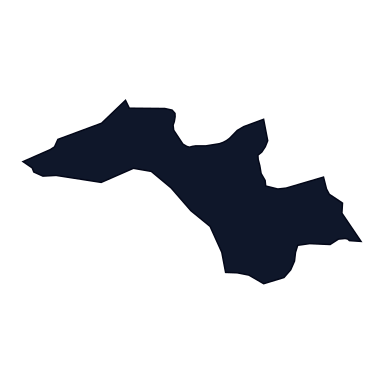 SVG path tracing the border of Litija
{"feature_id": "SVN-961", "entity_name": "Litija", "entity_type": "Municipality", "adm_level": 1, "iso_a3": "SVN", "parent_name": "Slovenia", "parent_adm1": "", "projection": "natural_earth1", "projection_center": [14.944, 46.051], "detail": "fine", "context": "isolated", "style": "filled", "palette": "ink", "viewbox_px": 384, "rotation_deg": 0, "n_neighbors": 0, "source": "natural_earth", "source_scale": "10m", "svg_char_len": 976}
<svg xmlns="http://www.w3.org/2000/svg" viewBox="0 0 384 384"><path d="M125.5,100.3L129.3,108.2L164.8,108.5L172.1,110.1L175.0,113.4L175.1,116.8L174.3,121.6L173.1,125.1L173.7,130.2L182.9,144.1L186.8,146.4L189.5,147.2L192.3,146.4L195.5,145.9L205.7,145.9L219.4,143.7L223.1,142.4L226.5,140.6L229.5,138.4L237.3,130.4L243.8,126.6L263.6,119.3L267.7,140.7L265.3,146.7L261.8,152.0L257.9,155.2L258.2,159.5L259.8,165.7L261.1,173.5L265.1,180.4L265.7,186.0L277.8,189.0L286.1,188.1L323.5,177.1L326.5,189.0L329.3,194.3L342.5,203.1L341.9,213.2L361.0,241.4L349.4,240.6L347.7,239.0L345.1,238.5L338.5,239.1L330.1,244.5L309.7,243.6L297.7,245.3L295.5,252.4L294.5,261.1L290.7,269.8L284.0,277.5L263.7,283.7L248.9,275.1L237.2,272.8L225.6,272.4L221.8,252.3L210.1,226.4L190.9,210.7L171.1,187.9L151.3,171.4L133.4,168.3L101.2,182.4L56.1,175.4L42.9,176.1L33.8,172.0L32.2,167.9L23.0,161.6L50.1,149.7L54.5,146.9L57.9,139.4L101.6,123.2L125.5,100.3Z" fill="#0f172a" stroke="#020617" stroke-width="1.5"/></svg>